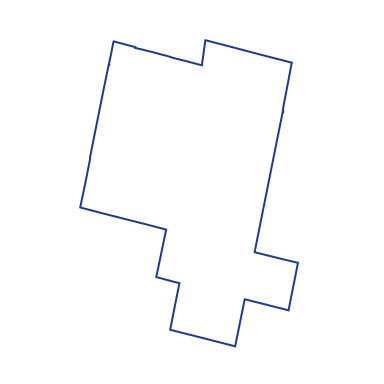 Stefan Cel Mare, Olt, Romania (Natural Earth projection), rotated 84°
{"feature_id": "2599482B22741879440662", "entity_name": "Stefan Cel Mare", "entity_type": "district", "adm_level": 2, "iso_a3": "ROU", "parent_name": "Romania", "parent_adm1": "Olt", "projection": "natural_earth1", "projection_center": [24.217, 43.82], "detail": "fine", "context": "isolated", "style": "outline", "palette": "blue", "viewbox_px": 384, "rotation_deg": 84, "n_neighbors": 0, "source": "geoboundaries", "source_scale": "gbopen_adm2", "svg_char_len": 1677}
<svg xmlns="http://www.w3.org/2000/svg" viewBox="0 0 384 384"><g transform="rotate(84 192 192)"><path d="M326.7,228.1L329.0,222.0L333.2,210.5L350.0,165.2L336.3,160.9L322.3,156.5L304.3,150.8L304.6,149.6L309.0,137.6L312.3,128.5L313.0,126.7L318.1,112.8L319.8,108.3L313.1,106.3L274.7,94.4L273.5,94.1L268.7,107.7L266.1,114.9L258.6,135.6L258.4,136.0L212.4,121.7L212.3,121.4L211.9,121.3L211.5,121.4L181.7,112.1L144.7,100.6L130.8,96.2L122.7,93.7L122.3,93.6L122.5,93.2L122.3,93.0L121.7,92.8L120.0,92.8L119.6,92.8L119.4,92.8L119.4,93.0L111.0,90.5L103.8,88.3L98.9,86.8L97.8,86.5L95.3,85.7L89.3,83.9L74.6,79.5L73.8,79.2L65.6,101.3L59.5,117.6L50.0,142.5L46.4,152.2L44.8,156.5L43.9,158.8L42.5,162.9L55.7,166.1L63.5,168.1L67.0,168.9L65.7,172.5L60.9,185.0L58.8,190.9L56.7,196.6L54.2,202.3L53.9,203.1L53.6,203.8L53.4,204.5L53.1,205.3L52.8,206.0L52.5,206.8L52.4,207.1L51.9,208.5L51.6,209.3L51.3,210.1L51.0,210.9L50.6,211.7L50.3,212.5L50.1,212.9L50.0,213.3L50.0,213.5L49.7,214.2L49.4,214.9L49.0,215.9L48.6,216.9L48.4,217.4L48.4,217.6L48.2,218.1L48.1,218.6L47.9,219.0L47.6,219.9L47.1,221.2L46.9,221.8L46.7,222.5L46.4,223.1L46.2,223.7L46.0,224.3L45.8,224.9L45.6,225.2L45.3,226.1L44.9,227.3L44.3,229.1L43.7,230.8L43.1,232.3L42.7,233.5L42.0,233.3L41.3,235.0L39.4,240.1L36.7,247.1L35.5,250.4L34.0,254.1L34.7,254.5L45.8,257.9L56.1,261.3L56.4,261.0L57.1,261.1L57.4,261.4L57.5,261.8L58.2,262.0L79.9,268.9L102.6,276.0L125.7,283.2L130.8,284.8L143.7,288.8L147.3,289.9L148.2,289.8L171.8,297.1L195.7,304.8L204.2,282.3L209.7,267.3L211.3,263.1L218.9,242.3L226.7,221.6L272.8,236.4L273.1,235.8L276.9,226.0L280.0,217.8L281.3,214.0L304.0,221.1L326.7,228.1Z" fill="none" stroke="#1e3a8a" stroke-width="2"/></g></svg>